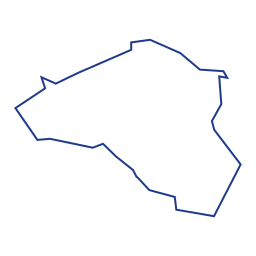 outline of Clarke, Georgia, United States of America
{"feature_id": "52423323B53340239927220", "entity_name": "Clarke", "entity_type": "district", "adm_level": 2, "iso_a3": "USA", "parent_name": "United States of America", "parent_adm1": "Georgia", "projection": "albers", "projection_center": [-83.367, 33.944], "detail": "fine", "context": "isolated", "style": "outline", "palette": "blue", "viewbox_px": 256, "rotation_deg": 0, "n_neighbors": 0, "source": "geoboundaries", "source_scale": "gbopen_adm2", "svg_char_len": 478}
<svg xmlns="http://www.w3.org/2000/svg" viewBox="0 0 256 256"><path d="M150.1,39.8L131.2,42.4L131.2,49.8L78.7,72.6L55.8,83.6L41.5,77.3L45.1,88.3L15.4,108.1L37.4,139.9L50.0,138.8L92.8,147.7L103.0,143.8L115.8,156.3L133.0,170.0L136.6,177.0L137.4,177.3L149.3,190.1L174.8,197.0L176.3,209.7L214.0,216.2L238.8,168.0L240.6,164.4L214.3,129.9L211.9,121.1L221.3,104.1L219.2,76.4L227.2,77.8L223.4,71.2L199.9,69.6L180.3,53.1L150.1,39.8Z" fill="none" stroke="#1e3a8a" stroke-width="2"/></svg>